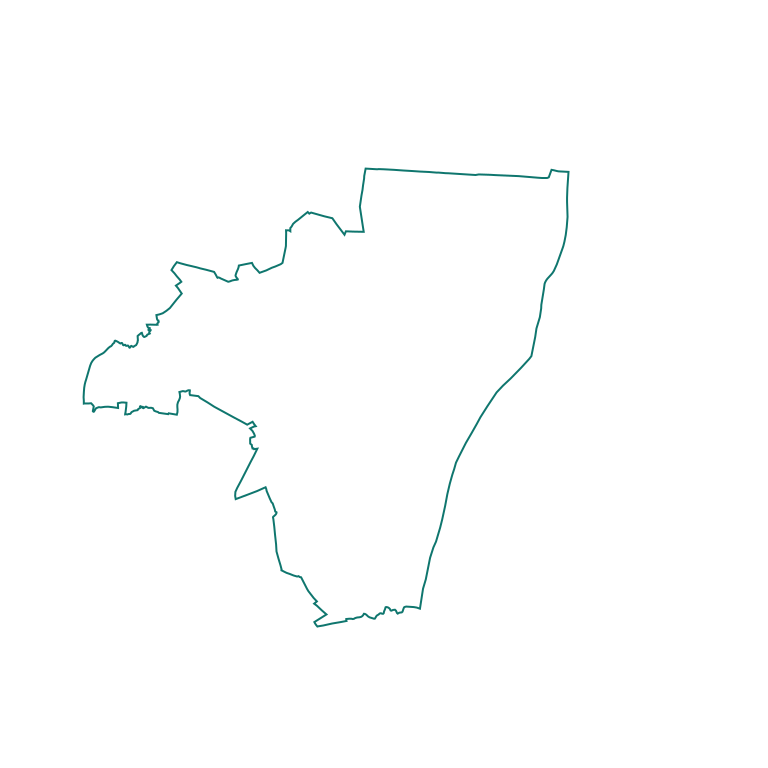 Lai Vung, Can Tho, Vietnam (orthographic projection), rotated 239°
{"feature_id": "81297802B97779454887068", "entity_name": "Lai Vung", "entity_type": "district", "adm_level": 2, "iso_a3": "VNM", "parent_name": "Vietnam", "parent_adm1": "Can Tho", "projection": "orthographic", "projection_center": [105.672, 10.244], "detail": "fine", "context": "isolated", "style": "outline", "palette": "teal", "viewbox_px": 768, "rotation_deg": 239, "n_neighbors": 0, "source": "geoboundaries", "source_scale": "gbopen_adm2", "svg_char_len": 6166}
<svg xmlns="http://www.w3.org/2000/svg" viewBox="0 0 768 768"><g transform="rotate(239 384 384)"><path d="M578.1,479.2L572.5,474.2L570.4,472.8L565.0,468.3L561.4,465.5L557.2,461.8L548.4,454.6L530.6,447.3L524.9,445.0L530.6,435.9L534.5,430.0L532.3,427.0L545.5,425.6L552.7,425.1L558.5,419.2L568.5,409.8L568.5,407.7L570.7,407.2L570.1,402.7L569.0,394.9L568.7,391.6L568.1,388.6L566.5,385.8L565.9,384.0L563.2,382.4L564.6,381.7L566.2,379.2L563.5,377.7L552.8,371.0L551.3,369.7L540.1,359.4L539.9,357.2L540.7,351.3L541.4,347.8L542.0,341.6L543.4,334.6L546.8,334.0L550.0,333.2L552.7,332.9L555.8,333.2L557.9,327.4L560.3,320.6L559.0,319.5L557.8,318.1L555.7,315.1L553.6,312.7L552.8,312.4L551.0,312.4L549.5,312.7L548.9,312.5L549.1,311.6L550.1,309.6L550.9,307.3L551.4,304.6L551.9,303.1L558.6,298.4L559.7,297.8L560.7,296.9L560.8,296.0L561.2,295.9L564.2,296.1L567.6,296.1L573.5,290.4L578.0,285.8L578.6,285.3L580.6,283.4L585.0,278.9L587.6,276.2L592.7,271.3L595.1,269.2L593.2,264.5L591.1,260.5L586.9,261.4L582.9,261.9L578.5,262.7L576.0,262.9L575.8,261.1L575.5,256.3L572.4,256.8L565.7,257.2L563.1,249.5L559.4,239.6L558.8,235.2L558.6,230.8L559.3,227.5L560.3,224.4L556.6,222.9L554.8,222.8L554.5,223.3L553.7,223.1L553.2,222.8L552.9,222.3L552.8,221.5L552.6,220.8L552.1,220.5L551.5,220.4L551.8,219.7L555.0,214.7L557.0,211.3L555.4,210.9L554.1,210.8L553.5,211.0L552.5,212.0L552.2,211.8L552.1,210.6L551.9,210.1L551.6,209.9L551.2,210.0L550.9,210.3L550.6,211.4L550.3,211.7L550.1,211.5L549.6,209.9L549.2,209.3L548.6,209.2L547.9,209.2L548.2,206.5L547.5,205.2L547.7,202.9L548.2,202.4L549.2,202.2L550.2,202.2L552.6,202.8L552.7,202.5L552.8,202.2L552.7,201.6L552.5,200.5L552.3,198.8L552.0,197.5L548.1,195.5L547.7,194.9L547.0,194.5L546.4,193.8L545.8,192.9L545.3,192.1L545.0,191.5L545.1,189.2L544.9,188.7L544.9,188.3L545.3,187.9L545.9,187.6L546.8,187.0L546.8,186.4L546.1,185.2L546.1,184.7L546.4,184.5L548.3,184.5L548.9,184.3L549.3,183.0L549.7,182.5L550.8,182.4L551.1,182.0L551.2,180.9L551.5,180.6L551.9,180.4L553.4,180.6L554.1,180.5L554.4,180.1L554.5,178.9L555.5,178.3L556.4,178.0L557.7,177.3L558.9,176.5L559.6,175.9L559.6,175.4L559.3,174.9L558.8,174.6L558.3,174.0L558.1,172.4L557.2,170.4L557.0,169.5L557.1,168.3L556.8,166.2L555.6,161.9L555.2,160.1L555.1,158.6L555.3,155.2L555.2,150.1L554.7,148.2L554.1,146.4L552.9,144.0L551.0,141.5L541.0,130.7L539.6,129.1L537.8,127.3L535.2,125.1L531.7,122.6L527.4,119.7L524.3,118.1L521.8,116.6L521.5,117.4L519.6,120.5L518.6,122.5L518.4,123.0L518.1,123.1L515.7,123.6L514.3,123.7L510.9,120.6L510.6,120.4L510.2,120.5L509.8,120.7L509.7,120.9L509.7,121.2L511.4,124.4L511.5,124.9L511.3,126.0L511.1,127.3L510.9,127.8L509.8,129.2L508.1,133.2L506.5,136.0L504.0,139.3L500.4,143.7L504.6,146.0L503.4,149.4L502.2,151.4L500.6,153.6L497.5,151.5L492.9,147.9L492.1,147.1L491.3,146.5L491.0,147.3L490.1,148.3L489.8,149.6L489.2,150.8L489.1,151.2L489.2,151.7L489.8,152.8L489.9,153.5L489.8,155.2L489.8,156.0L488.5,159.3L489.1,160.4L489.1,162.8L489.3,163.0L490.3,163.2L490.5,163.6L490.4,163.9L490.1,164.1L489.7,164.2L489.1,164.2L488.9,164.3L488.9,165.1L488.5,165.6L488.0,165.6L487.6,165.5L487.3,165.2L487.2,165.3L487.2,168.3L484.9,169.7L483.5,172.2L482.3,173.4L479.4,173.3L477.9,174.4L476.4,175.8L475.2,176.2L469.3,183.5L469.8,184.3L464.4,190.6L466.3,192.5L468.5,193.9L470.7,195.0L472.7,196.2L474.5,198.0L475.7,200.0L477.0,201.7L478.3,202.8L480.7,203.9L482.5,204.5L481.6,207.7L481.0,208.6L479.9,209.7L479.6,210.8L479.6,212.1L479.3,213.3L478.6,214.3L478.0,214.0L476.6,212.8L475.6,212.3L474.3,212.1L474.2,212.3L469.2,218.6L468.5,218.8L466.7,219.2L459.0,223.3L451.9,226.8L432.8,238.0L424.8,242.8L419.6,245.8L419.3,251.9L416.5,252.0L413.9,252.3L414.5,250.6L414.9,246.3L411.5,247.1L408.2,247.0L406.1,246.6L405.5,246.0L406.7,241.8L405.8,240.9L401.8,238.6L399.9,239.3L398.4,238.6L396.4,238.1L396.0,239.0L395.1,239.0L393.8,242.1L389.3,235.2L386.0,229.7L374.8,211.8L370.5,204.6L368.1,201.1L364.8,198.8L361.7,197.6L359.4,210.0L357.6,220.1L356.5,229.3L354.7,229.0L352.7,228.3L345.1,227.2L340.6,226.7L339.0,227.1L335.4,226.3L332.8,225.8L330.7,225.1L329.4,225.8L328.8,225.4L328.2,224.6L327.8,223.6L327.4,221.7L327.3,220.7L326.9,220.2L325.0,219.5L318.1,216.4L311.2,213.1L302.1,208.9L295.8,205.6L288.6,203.6L281.9,201.9L277.8,200.7L277.5,200.3L277.1,200.1L276.3,200.7L274.8,201.6L272.3,203.2L269.7,205.4L266.4,207.9L263.7,210.4L263.3,211.8L262.0,212.3L261.0,213.4L247.9,212.5L245.3,212.5L236.8,213.5L232.2,214.5L231.7,211.0L228.5,212.3L222.0,214.1L216.1,216.0L215.8,201.7L214.3,201.6L212.4,201.7L210.4,202.0L210.1,203.0L208.3,207.5L205.4,216.2L202.3,224.1L200.2,229.8L201.0,230.0L202.0,230.6L200.7,233.3L199.7,235.0L198.6,236.2L198.2,237.4L198.2,238.8L197.7,240.7L196.7,242.8L196.2,244.3L196.2,245.8L196.6,247.1L197.4,248.4L196.8,249.2L195.4,250.0L193.1,250.6L191.5,251.4L187.9,254.6L187.6,255.4L188.9,257.8L189.2,258.6L189.2,260.7L189.5,262.1L189.1,263.3L188.0,264.1L187.5,264.9L187.7,265.7L188.9,266.8L189.7,267.8L190.2,268.6L191.1,269.6L191.8,270.3L191.8,270.7L191.4,271.4L190.5,272.3L189.1,273.0L187.8,273.2L186.6,273.0L186.0,273.4L185.8,274.2L185.7,275.3L184.9,277.1L183.6,277.5L181.0,277.2L180.1,277.5L180.1,279.3L179.1,281.6L179.3,282.6L181.1,284.7L182.2,286.1L182.2,287.0L181.8,288.4L177.4,294.7L175.5,296.9L172.9,299.1L188.4,312.0L195.0,319.2L211.3,334.0L218.5,342.2L222.1,347.4L231.9,358.1L238.0,364.2L248.1,373.7L257.0,381.6L264.8,389.2L271.2,396.0L274.9,400.3L279.5,405.2L283.4,411.2L291.3,423.8L296.8,433.8L302.0,443.0L305.9,449.6L311.7,461.2L318.8,476.2L321.3,485.1L323.5,495.4L327.3,509.9L330.7,521.4L332.0,524.7L346.4,537.8L353.1,543.3L361.0,552.0L367.9,557.7L370.8,559.6L382.7,569.7L387.1,573.2L388.1,574.4L389.3,576.4L390.1,578.3L391.8,584.0L392.4,585.7L393.5,587.9L397.5,593.7L408.8,607.5L410.0,608.9L413.1,612.0L418.1,616.5L424.3,621.4L432.7,627.4L442.2,632.7L445.8,634.7L449.3,636.8L457.3,642.0L470.8,651.4L476.4,643.1L477.4,642.0L479.7,639.7L481.3,637.9L476.3,631.7L476.5,630.1L479.0,625.8L481.6,622.1L492.9,606.4L505.4,587.5L508.6,582.8L514.8,573.2L516.0,570.1L527.9,552.9L531.5,547.7L532.9,545.5L537.0,539.8L538.0,538.1L542.6,531.7L547.4,524.5L552.0,517.9L557.0,510.6L562.2,503.2L568.1,494.5L570.9,490.2L571.6,488.7L578.1,479.2Z" fill="none" stroke="#0f766e" stroke-width="2"/></g></svg>